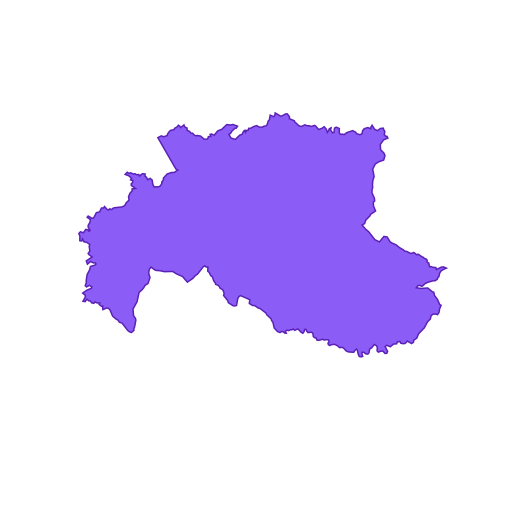 the district of Santiago, Rio Grande do Sul, Brazil, rotated 151°
{"feature_id": "56859067B44977778999111", "entity_name": "Santiago", "entity_type": "district", "adm_level": 2, "iso_a3": "BRA", "parent_name": "Brazil", "parent_adm1": "Rio Grande do Sul", "projection": "orthographic", "projection_center": [-54.765, -29.102], "detail": "fine", "context": "isolated", "style": "filled", "palette": "violet", "viewbox_px": 512, "rotation_deg": 151, "n_neighbors": 0, "source": "geoboundaries", "source_scale": "gbopen_adm2", "svg_char_len": 6134}
<svg xmlns="http://www.w3.org/2000/svg" viewBox="0 0 512 512"><g transform="rotate(151 256 256)"><path d="M160.1,104.2L158.8,105.9L155.2,106.2L151.6,109.1L143.5,111.6L137.9,115.3L134.2,116.3L131.7,118.9L129.4,119.3L127.3,118.3L125.6,116.7L123.2,118.0L121.3,120.5L118.0,123.2L118.9,124.4L118.3,129.8L119.0,134.9L118.1,138.1L119.2,139.4L121.3,144.8L127.4,147.6L131.2,150.5L128.5,151.6L127.2,151.0L125.8,149.2L123.9,149.1L122.1,149.9L118.6,149.7L113.2,148.5L111.4,147.5L108.7,147.8L107.7,148.8L106.0,149.3L103.8,151.9L101.6,153.1L99.6,153.4L95.4,153.1L97.3,155.6L99.2,156.4L104.7,156.7L104.3,158.7L106.9,160.5L107.9,161.8L109.4,162.5L108.3,166.0L109.3,167.9L108.3,169.4L108.8,171.2L109.9,172.2L110.3,173.7L111.3,175.0L113.3,179.0L115.1,179.3L115.7,181.5L116.5,182.7L118.0,182.7L119.6,183.4L122.0,187.0L123.4,187.9L124.2,190.1L126.5,193.9L128.0,197.7L130.8,201.5L131.8,203.4L132.1,209.1L134.6,211.1L141.2,208.5L144.1,212.6L145.7,222.7L147.1,226.2L148.2,231.7L145.3,231.7L142.5,234.2L137.1,235.8L135.3,236.9L129.6,237.4L129.0,242.7L127.3,246.2L125.5,246.6L124.5,248.9L123.9,255.1L122.3,257.8L120.6,259.5L119.9,261.3L117.4,265.2L114.2,268.2L111.8,275.4L107.1,278.6L103.2,278.9L97.8,278.0L94.5,281.3L94.2,284.0L95.5,288.6L93.2,293.3L88.2,295.7L83.5,295.2L83.4,297.1L84.6,298.0L84.9,300.1L82.9,302.5L83.1,304.4L82.7,306.1L85.2,307.2L89.1,306.8L90.8,309.3L91.1,314.1L93.0,313.0L94.0,311.7L95.9,314.1L99.6,314.9L102.0,313.9L104.0,311.5L106.3,311.7L108.7,314.2L108.8,316.0L110.7,318.8L116.8,319.9L120.1,319.4L121.3,320.7L123.0,321.2L123.5,323.2L121.3,327.1L123.4,329.8L125.4,329.8L127.7,326.4L129.3,326.5L129.7,330.0L128.2,331.7L130.1,331.8L132.0,330.3L133.7,329.5L133.0,332.8L133.7,336.0L136.4,335.7L139.9,336.3L140.7,340.3L141.4,341.8L145.1,342.6L146.2,344.1L148.2,345.2L149.6,347.0L153.4,347.2L154.9,348.6L155.8,350.3L156.3,352.4L157.1,353.9L156.9,355.7L160.2,359.8L159.2,361.6L159.7,365.1L161.1,365.9L166.4,366.0L169.9,371.8L171.3,369.9L173.0,369.3L175.3,372.3L178.3,368.6L179.9,368.1L182.7,365.4L184.4,364.9L186.1,365.7L188.0,365.6L190.7,367.2L192.2,369.7L194.9,370.3L198.7,370.3L200.5,371.2L201.7,369.8L203.3,370.4L205.2,369.4L204.7,371.3L206.2,371.2L209.3,369.2L211.7,369.6L217.6,368.0L220.7,371.3L220.7,375.5L218.8,375.6L216.2,377.0L212.7,377.9L211.4,377.4L209.2,378.5L212.5,382.3L214.7,382.9L217.9,385.1L224.6,383.4L228.8,384.0L234.0,381.9L235.8,384.3L237.2,384.6L237.6,382.5L239.8,383.5L240.7,382.4L242.3,382.0L244.6,383.2L246.4,387.8L248.7,389.7L250.5,390.4L251.7,392.5L251.8,394.0L253.5,395.1L253.6,397.0L255.3,399.3L254.3,401.3L255.8,403.6L255.5,405.6L259.6,404.8L259.7,406.6L260.5,408.0L262.7,407.1L264.8,407.2L266.8,406.3L269.2,407.2L271.1,407.1L274.1,405.6L275.4,404.4L279.0,405.1L280.6,407.0L284.5,407.1L283.9,370.9L282.7,369.1L287.0,368.7L289.7,370.1L293.9,370.8L299.2,369.0L300.5,367.1L302.4,366.5L303.3,365.0L305.7,363.7L307.5,363.7L311.6,365.8L311.5,368.7L310.0,372.8L311.0,375.3L313.7,375.2L313.6,377.9L314.4,379.8L313.2,381.4L315.3,383.0L319.2,382.5L319.0,384.1L321.2,385.1L321.9,386.6L323.6,387.2L325.3,389.6L327.1,389.9L328.0,391.7L330.9,390.8L328.3,387.7L327.2,384.4L328.8,383.4L327.2,381.6L328.3,380.1L330.2,379.6L330.9,378.1L328.6,373.5L331.9,374.8L332.6,373.1L335.8,372.0L338.8,369.6L339.9,366.5L343.8,365.4L346.5,363.7L349.5,363.9L356.3,366.8L358.0,367.1L359.8,366.6L361.0,368.2L362.9,367.7L363.7,369.2L364.5,372.7L366.0,371.9L367.9,372.9L371.4,370.4L374.6,371.3L379.4,368.1L381.0,368.3L383.4,372.3L384.9,371.7L383.2,368.2L384.8,366.1L387.9,364.2L388.8,362.7L388.7,358.8L390.2,358.7L390.3,360.5L392.0,361.8L395.7,360.0L397.8,362.3L400.0,361.6L400.5,358.6L402.7,354.8L401.2,353.6L399.4,355.0L399.6,351.7L397.6,350.3L395.8,346.7L397.3,345.2L398.9,340.9L401.6,339.6L401.4,338.1L399.8,334.6L406.8,334.0L407.4,330.6L403.4,331.4L401.4,328.6L400.1,328.2L399.8,326.6L401.4,326.1L405.8,327.1L408.2,324.6L412.6,321.7L415.8,317.7L417.6,314.7L419.8,312.8L419.2,311.1L416.0,311.1L414.5,308.6L415.6,307.6L420.5,308.1L425.6,307.6L424.3,304.4L425.4,302.7L429.3,300.3L427.6,298.9L424.8,300.2L424.0,297.9L422.6,296.8L422.5,294.8L420.8,293.2L419.0,293.9L417.8,292.0L415.4,290.7L416.7,289.7L415.6,287.0L414.3,286.3L415.2,285.3L415.9,283.3L412.2,283.0L410.6,282.1L409.8,279.8L410.5,273.9L410.4,272.4L408.9,268.5L407.9,267.1L407.6,264.3L405.7,262.3L404.3,253.1L403.5,251.2L402.1,249.5L398.9,250.1L398.2,251.5L396.5,252.9L392.2,258.1L391.7,259.7L392.0,263.2L389.3,269.2L382.2,273.7L375.8,280.9L372.7,281.5L369.7,282.6L367.3,284.1L363.8,284.3L359.2,288.5L358.2,292.9L355.9,296.0L353.2,297.2L351.3,292.9L349.8,291.4L347.4,289.9L343.7,286.7L336.4,282.9L334.3,279.1L330.2,273.7L328.7,266.4L322.2,267.0L318.2,268.4L315.9,268.5L307.3,272.2L305.6,272.2L304.9,270.5L303.4,269.7L305.6,266.1L304.9,264.3L305.1,260.6L304.2,259.2L305.0,254.9L304.7,252.2L305.0,250.7L303.5,249.0L302.9,247.3L303.0,245.1L301.5,242.8L301.7,240.0L302.3,238.3L303.5,237.3L302.4,230.8L302.8,228.5L300.1,223.5L298.5,222.5L297.0,222.2L292.4,227.8L290.3,228.9L288.6,228.7L282.6,220.8L284.9,217.7L283.0,214.4L281.0,213.0L279.3,209.4L277.9,208.1L275.0,201.4L275.0,199.2L273.2,193.6L273.7,191.9L273.3,190.0L275.0,184.2L273.8,179.5L272.1,177.4L270.5,177.6L268.9,176.5L268.2,174.6L267.0,173.8L267.0,175.5L265.3,176.3L263.4,174.8L261.6,174.8L260.4,174.1L258.8,174.1L258.2,172.2L254.7,172.0L253.5,167.4L252.5,165.7L250.6,166.6L249.1,168.2L247.8,167.5L248.1,165.7L247.7,163.8L244.2,162.3L243.8,160.7L244.9,157.8L244.3,156.0L243.1,155.2L243.5,152.9L241.9,151.8L237.9,150.8L237.2,149.4L234.9,148.7L233.2,147.3L233.9,145.2L235.3,144.9L235.7,143.3L234.8,141.9L233.3,142.0L230.0,140.6L228.0,137.5L227.4,135.4L224.6,134.1L223.7,131.9L223.3,129.5L221.8,127.4L217.2,124.4L214.7,125.7L213.2,125.8L213.1,124.2L214.1,121.1L214.4,118.0L212.9,116.8L211.3,116.5L210.9,118.9L209.8,120.4L208.3,119.4L207.6,117.4L205.8,116.0L204.2,116.5L201.6,119.6L199.3,119.6L195.4,121.3L194.1,119.0L194.2,117.2L196.1,114.4L195.6,112.6L193.0,112.2L191.1,111.4L190.5,108.3L188.8,107.5L187.1,108.8L187.0,114.2L184.9,114.5L182.5,111.5L178.4,112.3L175.6,111.0L174.1,112.3L171.6,111.5L171.6,109.4L169.7,107.9L168.0,107.2L164.9,108.2L162.4,104.0L160.1,104.2Z" fill="#8b5cf6" stroke="#5b21b6" stroke-width="1.5"/></g></svg>